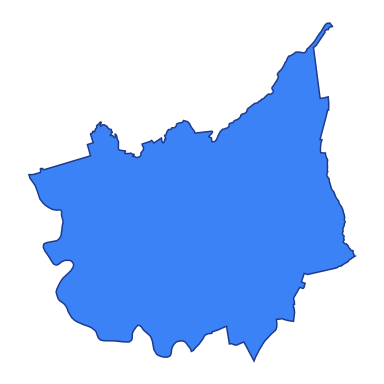 Ben Cat, Bình Dương, Vietnam (Albers equal-area conic projection)
{"feature_id": "81297802B37785439564270", "entity_name": "Ben Cat", "entity_type": "district", "adm_level": 2, "iso_a3": "VNM", "parent_name": "Vietnam", "parent_adm1": "Bình Dương", "projection": "albers", "projection_center": [106.613, 11.132], "detail": "fine", "context": "isolated", "style": "filled", "palette": "blue", "viewbox_px": 384, "rotation_deg": 0, "n_neighbors": 0, "source": "geoboundaries", "source_scale": "gbopen_adm2", "svg_char_len": 5972}
<svg xmlns="http://www.w3.org/2000/svg" viewBox="0 0 384 384"><path d="M328.8,103.6L328.2,96.8L323.1,98.1L320.1,98.3L313.5,47.5L315.5,46.2L316.6,44.8L322.8,35.6L324.8,32.8L325.0,30.9L325.4,30.3L326.7,29.7L328.3,29.6L328.7,28.3L329.6,27.3L330.8,26.8L332.1,26.7L332.5,26.4L329.8,23.0L326.8,23.4L324.8,25.4L320.7,32.2L319.7,33.3L317.7,36.2L314.2,41.7L309.1,47.3L307.1,49.0L306.7,49.6L306.5,50.7L305.0,52.4L304.5,52.7L303.2,52.8L299.2,52.1L295.9,52.1L292.6,54.6L291.4,55.1L290.5,55.8L288.6,56.2L287.3,58.5L286.4,60.9L284.8,63.0L284.6,63.9L282.2,68.4L281.0,69.9L278.7,72.1L277.6,73.7L277.4,74.8L278.4,76.4L278.2,77.7L277.0,80.1L273.4,85.7L272.3,86.9L272.0,87.8L272.0,88.7L272.3,89.5L273.4,91.0L273.4,91.9L273.0,92.4L271.1,94.1L269.8,94.3L269.5,94.1L268.4,94.1L266.0,96.0L263.9,98.3L263.0,98.8L261.4,99.4L260.9,100.4L259.9,101.0L259.1,101.2L258.2,102.0L257.8,102.7L254.6,103.5L252.7,104.9L250.0,107.1L248.3,108.2L247.1,109.7L246.9,111.4L246.5,111.9L245.0,113.3L241.8,114.2L240.7,115.4L240.6,116.4L240.0,117.4L238.4,118.9L237.1,119.7L234.9,120.4L233.9,121.2L233.1,122.5L229.8,123.4L229.2,124.0L229.0,125.9L228.6,127.0L226.5,128.3L225.5,128.4L224.3,129.1L222.6,129.2L220.4,131.5L219.3,133.2L218.7,134.9L218.0,135.8L217.6,137.2L217.1,138.0L216.9,138.9L215.4,141.0L214.7,141.4L214.1,141.7L211.8,141.6L211.4,137.8L208.8,136.8L209.3,135.8L211.9,133.3L212.5,131.8L212.4,131.5L211.8,131.3L210.7,131.3L194.9,133.1L194.4,131.3L191.1,126.9L189.6,123.7L187.5,121.6L183.5,120.5L182.4,122.5L178.4,123.1L177.1,123.8L176.5,124.3L176.4,125.5L175.8,126.6L174.7,127.5L174.0,127.7L172.0,127.8L171.6,128.0L171.2,129.0L170.8,129.3L170.3,129.5L168.8,129.5L168.4,129.7L167.5,130.9L166.5,132.9L166.2,134.2L165.5,135.1L164.6,135.4L164.5,135.8L165.3,136.9L165.5,138.2L165.8,138.9L164.9,139.1L164.6,140.7L163.5,142.8L163.1,142.5L162.8,142.6L161.8,141.4L161.8,140.1L161.4,138.0L153.9,143.0L151.7,140.4L149.6,141.6L142.2,144.0L142.4,145.8L143.4,147.0L143.5,148.8L143.1,150.2L141.0,152.8L140.8,153.6L141.2,154.9L140.0,156.3L138.7,157.1L136.8,157.5L136.0,157.4L134.9,156.6L134.1,156.3L132.8,156.4L132.7,156.1L134.0,154.9L134.1,154.5L133.8,154.2L132.3,154.1L131.7,153.9L131.2,153.3L130.5,153.1L129.5,153.5L125.4,153.6L124.8,153.2L125.4,151.7L125.4,151.1L125.1,150.8L123.3,150.7L119.9,150.2L118.8,149.6L118.4,149.0L118.4,148.2L118.5,141.8L117.4,139.4L116.7,136.1L115.8,134.4L115.5,134.1L115.0,134.3L115.3,136.1L115.3,137.0L115.1,137.3L114.0,137.4L112.8,135.8L112.3,135.5L110.4,135.5L110.3,135.2L112.3,132.2L112.1,131.8L111.3,131.6L111.5,130.0L111.3,129.5L110.0,129.3L109.1,128.9L107.6,127.6L107.3,126.6L104.3,124.8L101.9,124.9L101.2,126.0L100.7,126.2L100.1,124.6L100.2,124.0L101.2,122.9L101.1,122.2L100.8,122.0L100.3,122.1L99.3,123.2L99.1,123.8L97.6,124.7L96.6,125.7L96.8,127.5L96.5,128.0L95.4,129.1L94.8,131.5L94.5,131.9L93.1,131.2L92.7,131.5L92.5,132.6L92.2,133.1L91.2,133.6L90.7,133.6L90.6,134.4L93.2,142.7L87.4,144.6L90.5,155.8L43.7,169.8L42.5,168.5L40.7,168.5L40.3,168.9L40.3,169.2L40.8,169.7L40.3,172.5L32.8,174.6L28.9,174.6L30.0,178.2L35.1,185.4L37.3,191.1L39.9,198.9L42.9,202.9L45.4,205.3L48.7,207.5L51.9,209.2L53.6,209.7L57.3,210.2L59.7,209.7L61.1,210.5L61.4,211.2L61.6,211.9L61.5,215.2L63.0,221.0L63.0,222.4L62.3,225.8L61.2,234.8L60.5,236.8L58.9,239.1L56.8,240.7L47.2,242.5L44.7,243.4L43.7,244.2L43.3,246.6L43.6,248.1L45.2,251.4L48.6,256.2L52.6,262.7L53.8,264.1L55.8,265.0L57.0,265.0L58.4,264.4L62.1,261.5L65.2,260.4L69.0,260.3L70.7,260.7L71.8,261.5L73.2,263.3L73.6,264.6L73.3,266.8L71.0,270.5L67.3,274.2L63.2,277.9L61.4,280.3L58.8,284.8L56.7,289.5L56.1,292.3L57.5,297.0L58.5,299.3L59.8,300.8L62.7,302.7L64.7,304.5L65.2,305.2L66.7,307.4L68.3,311.9L71.7,317.6L74.9,320.5L77.5,322.0L84.1,324.9L87.6,326.0L91.3,327.6L94.3,329.8L96.0,331.7L97.9,336.9L98.8,338.5L100.6,340.0L102.4,340.5L104.1,340.7L114.6,340.9L123.7,341.9L129.1,342.0L131.4,340.4L132.1,338.7L132.4,333.6L133.0,331.8L134.1,329.9L136.3,326.8L137.6,325.5L138.5,325.3L140.1,325.8L141.4,326.9L143.7,330.2L149.7,335.5L150.7,336.8L152.3,340.8L153.9,349.7L156.5,354.0L157.8,355.1L160.9,356.4L163.2,357.0L165.3,357.1L166.8,357.2L168.0,356.9L169.9,356.0L170.6,355.0L171.3,352.9L171.5,350.3L172.2,347.3L173.6,344.8L175.1,343.0L176.5,341.9L177.8,341.4L180.8,340.9L182.6,341.0L184.5,341.5L186.1,343.0L190.2,348.5L190.8,349.6L191.3,351.4L193.3,350.5L195.8,347.4L199.0,344.2L203.0,338.8L204.3,336.1L205.6,334.8L208.1,333.7L210.8,333.5L211.8,333.2L212.3,332.7L212.3,331.7L217.4,330.2L226.5,326.2L229.4,344.0L230.2,343.7L231.9,343.8L234.7,345.0L236.5,345.1L243.8,342.0L246.0,345.8L254.0,361.0L255.7,356.8L259.2,350.0L262.4,344.6L264.8,341.0L271.3,334.0L275.5,330.3L276.1,329.2L276.6,327.7L276.9,324.4L276.4,319.2L278.5,319.3L281.9,318.7L282.7,318.8L283.6,319.4L288.9,320.7L293.5,321.3L294.6,312.4L294.3,310.0L294.0,310.0L294.0,307.7L293.5,307.4L293.5,304.4L294.5,304.3L294.4,301.9L293.5,298.2L299.8,287.3L302.6,288.4L303.2,288.4L304.0,287.5L305.1,283.3L301.4,282.0L304.2,273.4L307.6,274.5L336.5,267.9L339.5,266.1L341.4,266.0L342.4,264.9L343.8,264.2L344.7,263.4L346.1,262.8L346.9,262.2L347.9,261.8L349.3,259.8L351.2,258.8L351.6,258.3L355.1,256.1L354.2,255.8L354.0,254.5L353.1,253.1L353.1,250.8L352.8,250.5L351.8,250.6L350.5,249.9L350.0,248.7L348.8,247.8L348.3,246.1L347.2,244.7L346.3,243.9L345.0,243.8L344.2,243.0L343.4,242.6L343.3,242.1L343.5,241.1L344.2,239.8L343.6,238.3L344.1,236.4L344.0,236.0L342.8,234.8L342.5,234.1L342.5,233.2L342.6,232.3L343.1,231.5L342.9,229.6L343.1,228.0L344.2,225.5L344.4,223.6L344.9,222.9L345.2,222.1L344.3,219.9L344.7,217.0L344.3,215.9L344.3,215.0L343.3,212.1L343.0,210.2L341.7,207.1L339.2,203.5L338.8,201.3L337.1,199.2L336.0,197.4L333.7,191.6L332.3,190.2L331.6,189.2L329.3,181.0L329.0,178.7L327.0,176.1L326.9,174.1L327.2,172.9L327.8,171.7L327.3,170.4L327.5,167.6L327.3,161.5L327.6,161.2L327.6,159.9L326.1,156.8L325.6,154.8L325.4,153.0L320.8,152.8L320.5,151.6L320.4,149.1L320.9,143.1L322.0,139.9L321.9,139.6L320.0,139.6L326.6,114.7L327.6,110.1L328.6,110.1L328.8,103.6Z" fill="#3b82f6" stroke="#1e3a8a" stroke-width="1.5"/></svg>